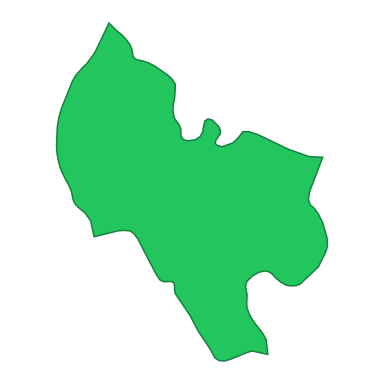 SVG path tracing the border of Bình Dương
{"feature_id": "VNM-483", "entity_name": "Bình Dương", "entity_type": "Province", "adm_level": 1, "iso_a3": "VNM", "parent_name": "Vietnam", "parent_adm1": "", "projection": "natural_earth1", "projection_center": [106.657, 11.214], "detail": "fine", "context": "isolated", "style": "filled", "palette": "green", "viewbox_px": 384, "rotation_deg": 0, "n_neighbors": 0, "source": "natural_earth", "source_scale": "10m", "svg_char_len": 1646}
<svg xmlns="http://www.w3.org/2000/svg" viewBox="0 0 384 384"><path d="M163.5,281.7L159.8,279.8L155.9,273.9L137.6,238.5L133.8,233.5L130.1,230.9L123.5,230.4L118.3,230.8L94.1,236.7L90.6,220.7L85.0,213.0L77.9,207.0L75.2,204.0L73.5,200.8L72.5,197.0L71.7,192.7L70.2,188.3L68.5,184.6L66.1,180.6L61.1,170.2L58.8,162.8L57.2,154.6L56.5,146.7L57.3,127.1L58.9,117.4L61.4,108.6L72.5,80.9L76.0,75.1L82.7,67.5L86.7,63.7L94.7,52.9L109.0,23.0L116.2,30.3L122.3,35.2L127.0,40.5L130.4,45.3L131.8,49.3L132.8,54.9L133.3,56.9L134.8,58.6L137.2,59.8L142.6,60.9L148.6,62.9L155.1,66.3L167.5,74.9L172.3,79.4L175.1,83.8L175.3,87.3L174.7,97.3L173.2,105.4L172.9,109.7L173.4,114.4L174.7,118.7L179.3,125.1L180.7,128.6L181.1,136.2L183.3,139.4L187.3,140.8L195.5,139.7L200.1,136.6L202.7,131.9L203.6,126.0L204.9,120.9L208.0,118.9L212.2,120.0L218.7,126.4L220.5,130.6L220.1,134.2L216.0,140.0L215.2,143.3L217.4,145.7L222.2,146.6L232.5,143.1L237.4,138.7L240.8,134.5L242.8,131.6L248.6,131.6L257.5,134.4L288.5,149.3L309.1,156.6L322.7,157.3L309.6,191.6L308.4,199.7L310.2,204.8L313.9,207.9L318.1,213.6L322.5,222.3L327.0,237.6L327.5,245.2L326.1,251.2L318.5,266.7L300.4,283.9L296.0,285.6L291.0,286.0L285.8,285.0L280.4,281.9L275.8,278.0L272.0,273.8L268.4,271.6L264.0,270.9L258.5,272.5L252.7,275.8L247.0,281.3L245.5,285.6L246.1,290.1L247.1,294.8L246.7,304.1L247.1,308.2L248.7,312.5L251.2,317.7L255.0,323.5L259.6,329.1L263.6,334.9L266.2,339.7L267.8,354.4L252.1,351.0L247.1,352.5L231.0,359.1L224.4,361.0L219.0,360.6L214.9,357.8L209.3,347.7L198.4,331.5L189.9,315.3L175.1,293.4L174.5,289.4L174.6,285.8L173.8,283.1L171.7,281.5L163.5,281.7Z" fill="#22c55e" stroke="#15803d" stroke-width="1.5"/></svg>